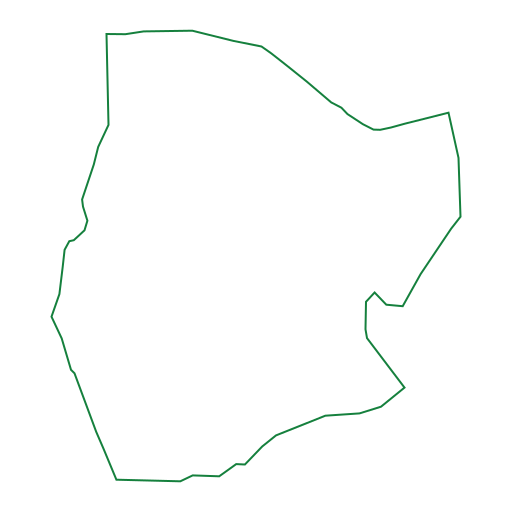 outline of Tillia, Tahoua, Niger
{"feature_id": "23599985B40327375212482", "entity_name": "Tillia", "entity_type": "district", "adm_level": 2, "iso_a3": "NER", "parent_name": "Niger", "parent_adm1": "Tahoua", "projection": "robinson", "projection_center": [4.569, 15.899], "detail": "fine", "context": "isolated", "style": "outline", "palette": "green", "viewbox_px": 512, "rotation_deg": 0, "n_neighbors": 0, "source": "geoboundaries", "source_scale": "gbopen_adm2", "svg_char_len": 810}
<svg xmlns="http://www.w3.org/2000/svg" viewBox="0 0 512 512"><path d="M116.4,479.7L180.3,481.3L192.7,475.4L219.2,476.3L236.2,464.1L244.9,464.5L262.3,446.4L276.0,435.4L325.3,415.7L359.5,413.4L381.0,406.7L404.5,387.6L367.0,338.1L365.5,329.3L366.0,301.8L374.6,292.5L386.3,304.7L402.7,306.2L420.6,274.1L451.2,228.6L460.5,216.7L458.5,157.9L448.5,112.7L404.8,123.7L391.0,127.5L380.2,129.8L373.5,129.6L362.9,124.2L347.5,114.1L341.4,107.7L331.2,102.4L306.8,81.6L286.2,65.1L271.3,53.4L261.5,46.5L233.4,40.9L192.3,30.7L143.7,31.4L125.4,34.2L106.5,34.0L108.5,124.9L98.2,146.9L93.8,164.5L82.1,199.5L83.0,206.6L87.4,220.7L84.5,230.3L73.8,240.2L69.3,241.2L64.6,249.8L62.7,266.9L59.4,294.1L51.5,316.7L61.7,338.4L71.0,369.8L74.5,373.3L96.2,431.8L103.5,448.7L116.4,479.7Z" fill="none" stroke="#15803d" stroke-width="2"/></svg>